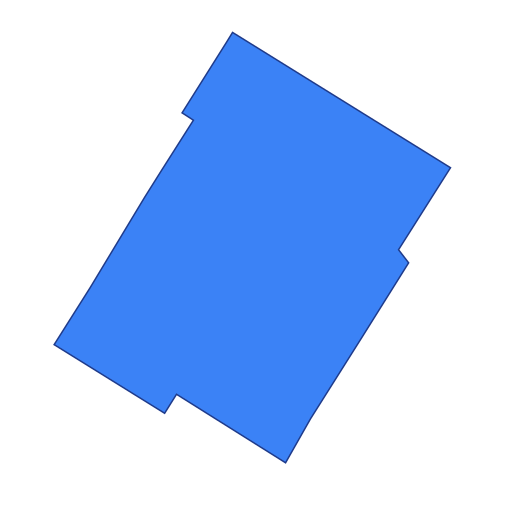 the district of Benton, Missouri, United States of America, rotated 210°
{"feature_id": "52423323B53936333340658", "entity_name": "Benton", "entity_type": "district", "adm_level": 2, "iso_a3": "USA", "parent_name": "United States of America", "parent_adm1": "Missouri", "projection": "equal_earth", "projection_center": [-93.279, 38.299], "detail": "fine", "context": "isolated", "style": "filled", "palette": "blue", "viewbox_px": 512, "rotation_deg": 210, "n_neighbors": 0, "source": "geoboundaries", "source_scale": "gbopen_adm2", "svg_char_len": 371}
<svg xmlns="http://www.w3.org/2000/svg" viewBox="0 0 512 512"><g transform="rotate(210 256 256)"><path d="M120.4,326.4L135.7,332.7L131.7,429.7L388.1,437.9L388.4,426.6L391.6,343.0L378.1,342.3L380.6,283.4L381.8,251.3L383.8,145.6L386.5,78.3L256.5,74.1L255.7,96.5L127.0,91.7L127.4,142.2L123.6,238.3L120.4,326.4Z" fill="#3b82f6" stroke="#1e3a8a" stroke-width="1.5"/></g></svg>